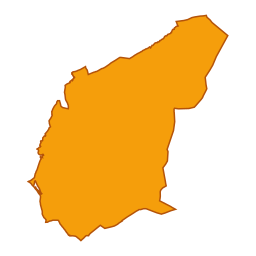 Sauherad nor, Telemark, Norway (Mercator projection)
{"feature_id": "86288312B68801046194280", "entity_name": "Sauherad nor", "entity_type": "district", "adm_level": 2, "iso_a3": "NOR", "parent_name": "Norway", "parent_adm1": "Telemark", "projection": "mercator", "projection_center": [9.241, 59.441], "detail": "fine", "context": "isolated", "style": "filled", "palette": "amber", "viewbox_px": 256, "rotation_deg": 0, "n_neighbors": 0, "source": "geoboundaries", "source_scale": "gbopen_adm2", "svg_char_len": 5458}
<svg xmlns="http://www.w3.org/2000/svg" viewBox="0 0 256 256"><path d="M206.3,15.4L203.3,15.9L200.1,16.1L194.5,17.0L191.9,17.6L187.7,19.6L183.9,20.5L176.2,21.5L176.8,23.0L177.1,24.0L177.6,25.1L178.1,26.0L177.7,26.2L177.2,26.1L176.0,26.6L175.7,26.9L175.3,27.5L174.7,27.7L174.4,28.0L174.2,28.3L174.2,29.1L174.2,29.3L173.7,29.4L173.1,29.3L172.9,29.4L172.7,29.8L172.3,30.1L172.2,30.5L171.6,31.8L171.5,32.3L171.3,32.2L170.9,32.6L170.7,33.1L170.6,33.3L170.0,33.7L169.5,33.8L168.5,34.2L167.8,34.4L167.5,34.6L167.3,35.2L167.0,35.6L166.5,35.9L165.8,35.8L165.0,36.2L164.4,36.9L164.3,37.4L164.2,37.7L163.4,38.4L163.2,38.8L162.8,38.9L162.5,39.2L161.9,39.3L160.7,40.3L160.1,40.7L159.8,40.6L159.7,40.7L159.6,40.9L159.5,41.4L159.2,41.7L157.8,42.0L157.7,42.0L157.6,42.5L157.3,42.7L156.4,42.6L155.7,42.9L155.3,42.9L155.0,43.1L154.6,43.4L154.3,43.9L153.8,44.3L153.6,44.7L152.9,45.4L152.6,45.4L152.1,45.3L151.8,45.9L151.4,46.3L151.2,46.5L151.0,47.1L150.8,47.7L150.6,47.9L149.9,47.1L149.6,46.9L148.3,48.0L147.9,48.2L146.3,48.9L145.6,49.0L145.1,49.5L142.7,50.6L141.8,51.5L141.0,51.7L140.7,52.0L139.0,52.9L137.3,53.7L135.8,54.7L134.8,55.2L132.8,56.7L130.7,57.9L130.1,58.3L129.5,58.6L120.7,57.4L119.7,57.5L115.4,60.3L110.9,63.0L109.1,64.5L106.6,66.2L105.3,67.1L103.6,68.0L103.4,68.2L101.7,68.6L96.9,71.4L95.3,71.7L95.0,72.0L93.9,72.2L91.2,73.3L89.7,73.9L89.1,74.2L88.3,74.5L87.2,70.1L85.8,68.1L85.5,66.6L80.6,69.4L78.9,70.1L78.1,70.3L77.5,70.7L75.3,71.5L72.9,71.9L72.7,72.2L72.5,72.3L72.5,72.6L71.9,72.7L71.8,73.1L72.0,73.3L72.2,73.7L71.9,73.9L71.9,74.0L72.0,74.4L72.5,74.6L72.6,74.8L72.9,75.1L72.9,75.4L73.1,75.6L73.0,75.8L73.7,76.6L73.7,76.8L74.4,77.0L74.5,77.4L74.4,77.4L74.4,77.6L74.3,77.8L74.1,77.8L74.0,78.0L73.7,78.1L73.5,78.5L73.4,78.6L73.1,78.8L73.2,79.0L72.9,79.3L72.7,79.6L72.7,79.8L72.7,80.0L72.1,79.9L72.1,80.3L72.1,80.5L71.8,80.3L71.4,80.5L70.3,81.2L70.2,81.4L70.2,81.6L69.9,81.7L69.7,82.1L70.1,82.4L70.1,82.6L69.1,83.1L67.1,83.9L65.1,85.4L65.2,86.1L65.3,87.2L65.1,88.5L65.0,89.0L64.5,92.3L65.0,94.7L65.5,99.2L66.0,100.5L66.8,101.9L67.5,103.1L67.6,103.8L68.2,105.1L68.4,107.0L68.3,108.7L66.7,108.5L62.5,107.5L60.8,106.0L60.5,104.2L59.5,100.7L57.6,100.7L57.2,101.4L56.8,102.0L56.7,102.5L56.7,102.8L56.7,103.2L56.5,103.8L55.6,104.7L54.3,106.3L52.9,108.9L52.2,110.7L52.0,111.3L51.8,111.5L51.8,112.0L51.9,113.3L51.9,113.6L51.9,113.8L51.8,114.2L52.2,114.9L52.2,115.2L52.1,115.6L51.7,116.2L51.4,117.1L50.4,118.8L49.4,120.2L49.0,121.0L49.3,121.9L49.3,123.2L50.0,125.6L50.5,126.8L49.1,127.9L48.7,129.3L48.1,130.1L47.5,131.1L45.6,133.3L45.5,133.7L45.3,134.2L45.2,134.2L45.4,134.6L45.6,135.0L45.6,135.6L45.5,136.0L45.2,136.2L44.6,135.9L44.4,135.9L43.3,137.3L42.9,137.6L42.5,140.7L41.9,140.9L41.2,140.8L40.7,141.0L40.6,141.3L40.7,141.6L40.9,142.4L41.0,142.5L40.9,142.9L40.7,143.0L40.5,143.3L40.4,143.8L40.0,144.5L40.0,144.9L39.9,145.1L39.8,145.4L39.9,145.6L40.3,145.8L40.2,146.2L40.6,146.5L40.1,147.1L39.4,147.2L38.2,148.4L37.9,148.6L37.2,148.7L37.1,149.1L37.8,149.1L38.2,149.7L38.5,150.5L38.6,150.8L38.6,151.1L38.5,151.4L38.4,151.4L38.4,151.5L38.1,152.4L38.3,153.4L38.6,153.9L38.8,154.1L39.9,154.8L40.5,155.0L41.5,154.9L42.5,154.4L43.0,154.3L43.3,154.5L43.6,155.2L43.6,155.3L42.6,155.8L42.3,156.1L42.1,156.5L42.4,157.5L40.4,156.7L40.3,156.9L40.4,157.5L40.6,157.8L41.1,158.7L41.0,158.9L41.0,159.2L40.6,159.6L40.3,160.3L39.7,161.6L39.6,162.0L39.0,163.7L37.9,167.1L37.3,169.0L36.9,170.1L36.2,171.3L36.0,171.9L35.7,173.0L35.1,174.0L35.1,174.5L34.9,175.3L34.4,177.6L31.0,180.3L29.3,181.2L28.6,181.3L28.2,181.6L29.7,182.4L31.1,183.6L32.2,185.2L33.6,186.6L33.7,186.2L33.6,185.9L33.8,185.2L34.3,183.7L34.5,182.2L34.6,181.5L34.8,181.4L35.2,180.8L35.4,180.9L37.0,184.5L38.1,186.6L39.4,188.6L40.5,191.7L41.0,192.9L41.8,193.7L41.6,193.9L41.4,193.9L41.2,194.1L40.8,194.1L40.7,194.0L40.7,193.8L40.2,193.4L39.5,191.8L38.8,191.3L38.7,191.0L38.2,190.4L36.8,189.2L36.0,188.1L35.6,187.0L34.4,187.3L35.2,188.7L36.7,190.3L37.0,190.7L38.8,193.7L39.7,194.5L40.3,195.6L40.5,196.1L40.5,197.5L40.0,201.3L40.4,203.4L40.5,204.7L40.8,205.9L41.1,206.9L41.6,208.9L42.1,210.5L42.3,211.9L42.3,213.0L42.2,213.3L42.4,214.6L44.0,217.7L44.7,218.2L46.1,219.9L45.7,222.3L47.5,222.2L49.9,220.9L50.6,221.0L52.9,220.2L57.2,220.2L58.4,220.4L59.1,221.7L60.2,224.1L61.5,225.6L62.3,226.8L62.9,227.3L64.1,229.0L65.2,230.2L65.3,230.6L65.7,231.1L66.3,231.8L66.4,232.3L67.6,233.5L67.9,234.2L68.1,234.4L68.3,234.8L68.6,234.9L68.8,235.3L69.6,235.2L69.6,235.5L69.7,235.8L69.8,235.9L72.8,235.8L75.4,236.2L76.4,236.7L78.0,238.1L78.5,238.4L80.9,240.6L81.9,239.7L82.0,239.5L83.4,238.4L85.4,236.3L85.9,235.9L86.5,235.6L87.9,235.7L88.6,235.7L88.9,234.9L89.4,234.6L89.9,233.7L100.3,225.3L104.8,228.4L111.5,226.8L114.4,226.0L117.5,224.3L119.3,222.8L122.2,221.0L122.0,220.6L127.3,216.9L132.6,213.6L137.0,210.7L137.6,210.6L138.9,209.6L140.6,209.6L143.6,208.7L146.1,208.7L156.8,212.8L161.4,214.1L165.0,213.0L170.9,210.7L175.5,209.3L171.7,207.2L171.0,206.7L170.3,206.3L159.6,200.8L160.0,198.8L160.3,196.3L160.3,195.7L160.2,191.8L160.7,190.2L162.6,188.0L166.2,185.9L165.6,183.1L165.4,181.6L164.4,176.2L163.3,170.1L162.9,167.8L165.6,164.2L167.4,161.0L168.0,151.6L167.1,149.4L173.5,130.5L174.7,121.7L174.2,112.4L174.0,111.8L174.1,110.9L174.0,109.5L174.2,108.9L174.5,108.3L178.5,108.8L188.9,108.5L194.3,107.2L195.9,105.5L201.2,99.4L202.5,97.7L203.3,95.7L205.4,91.7L206.8,88.8L206.0,84.5L205.2,77.3L209.9,70.0L212.7,65.2L216.3,56.6L227.8,35.6L212.0,22.5L210.1,20.0L206.9,17.2L206.3,15.4Z" fill="#f59e0b" stroke="#b45309" stroke-width="1.5"/></svg>